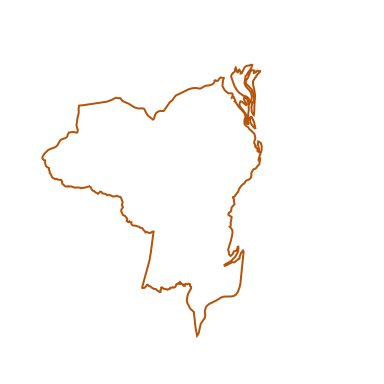 the district of Baribour, Kâmpóng Chhnang, Cambodia, rotated 62°
{"feature_id": "14789045B88819802206613", "entity_name": "Baribour", "entity_type": "district", "adm_level": 2, "iso_a3": "KHM", "parent_name": "Cambodia", "parent_adm1": "Kâmpóng Chhnang", "projection": "mercator", "projection_center": [104.462, 12.421], "detail": "fine", "context": "isolated", "style": "outline", "palette": "amber", "viewbox_px": 384, "rotation_deg": 62, "n_neighbors": 0, "source": "geoboundaries", "source_scale": "gbopen_adm2", "svg_char_len": 6051}
<svg xmlns="http://www.w3.org/2000/svg" viewBox="0 0 384 384"><g transform="rotate(62 192 192)"><path d="M267.6,174.5L268.7,177.1L269.3,177.8L271.6,180.4L272.9,181.1L273.2,181.5L273.0,182.5L274.0,187.4L273.9,188.0L273.1,188.9L272.9,189.6L272.8,197.3L272.4,197.8L271.7,197.7L271.4,196.3L271.3,190.2L269.5,184.3L267.1,180.5L265.4,178.7L263.4,177.3L262.0,176.8L261.9,177.5L262.9,178.1L264.3,180.0L264.6,180.9L264.1,182.9L266.0,185.4L266.6,188.0L264.6,188.6L261.2,187.3L260.0,187.3L252.8,180.1L248.6,176.5L246.2,174.9L244.4,174.4L242.8,174.4L240.4,175.0L240.5,174.3L239.0,173.0L237.5,172.5L233.3,169.1L232.5,168.7L229.9,170.3L229.3,170.6L228.7,170.3L227.5,168.8L227.6,167.3L226.9,166.3L224.2,164.2L222.7,160.2L219.5,159.2L218.3,158.4L216.6,158.5L215.8,158.2L216.0,156.8L213.2,150.8L211.5,149.1L210.0,146.4L209.5,145.0L208.7,141.2L207.4,139.3L207.7,136.0L207.4,134.1L207.0,133.3L204.9,131.5L203.5,131.0L202.1,129.4L200.8,127.1L201.2,125.5L201.1,124.6L200.0,122.3L199.2,119.6L194.3,116.0L194.1,116.4L194.7,117.2L196.1,118.1L195.0,118.2L193.7,117.3L188.3,111.4L184.4,108.9L181.3,108.3L179.9,108.8L178.4,109.8L180.5,111.2L185.8,112.8L188.5,114.0L187.8,114.4L186.5,115.0L184.7,113.9L182.7,114.7L181.3,114.8L181.3,114.1L180.2,113.9L178.1,114.2L176.3,113.0L174.9,111.3L173.8,110.6L170.3,109.7L169.0,109.8L163.5,111.8L161.5,111.9L159.9,112.8L157.2,113.7L156.3,113.5L154.0,112.5L153.0,111.8L151.3,109.9L150.2,109.1L146.8,108.7L138.7,110.8L133.5,111.3L132.3,111.7L132.4,111.1L131.6,110.8L127.7,110.6L127.5,112.5L125.5,110.5L124.3,110.2L123.6,110.5L121.8,113.6L118.5,115.1L116.9,115.4L113.9,115.4L112.8,115.4L108.2,112.4L106.4,110.4L104.3,113.0L104.6,114.6L105.8,116.4L105.8,117.6L104.2,119.1L104.2,119.8L105.1,120.1L106.1,121.7L106.5,123.8L105.9,126.9L104.5,130.3L104.7,135.6L104.2,136.9L102.1,139.5L100.6,142.7L99.7,146.8L99.4,158.2L99.1,160.4L99.8,162.6L101.8,166.2L102.3,169.5L107.0,178.5L107.1,179.1L106.8,179.9L105.5,181.8L105.1,184.1L105.4,186.5L106.5,188.3L109.5,191.2L109.8,192.4L104.0,195.0L100.7,195.3L96.3,195.2L95.4,195.7L92.8,200.5L90.3,203.0L84.4,206.4L79.7,210.2L78.5,210.8L75.8,211.2L75.2,211.6L74.6,213.2L73.3,214.6L73.0,215.3L73.0,219.3L72.3,224.8L64.1,247.8L62.7,251.1L65.2,253.0L69.0,254.9L73.1,258.5L78.3,262.3L79.6,262.9L83.6,263.7L85.6,265.3L85.6,265.8L84.7,267.0L83.5,268.1L81.7,272.7L83.1,274.8L84.5,276.3L84.8,277.3L84.9,278.6L84.3,282.5L84.7,284.5L87.0,287.9L87.9,289.8L88.2,291.8L87.4,298.0L87.5,299.7L88.9,304.3L90.6,307.2L91.7,308.2L92.5,308.2L94.2,307.9L95.1,306.9L97.0,307.9L100.3,308.8L102.4,308.0L103.8,307.0L105.3,307.9L107.0,308.0L108.5,308.7L109.2,308.3L113.3,308.6L116.3,306.9L116.7,306.3L116.8,305.5L118.3,304.4L119.9,301.8L122.0,301.8L122.6,302.4L123.8,302.6L127.5,301.3L128.6,299.7L128.7,298.5L129.2,298.5L130.5,295.8L133.1,293.5L134.4,290.6L136.0,288.4L136.5,288.4L138.0,283.9L138.8,279.8L139.8,279.6L140.4,279.2L141.4,279.1L142.6,279.4L144.3,278.9L145.3,277.9L146.9,277.5L148.2,276.4L149.5,275.9L148.5,273.0L149.4,271.9L151.0,271.8L151.4,271.5L153.1,269.2L155.0,268.5L155.1,267.4L155.4,266.8L156.4,266.1L157.1,265.0L158.8,264.1L160.1,261.0L159.9,260.4L160.1,259.9L160.7,259.7L161.5,259.1L162.7,257.6L163.8,257.4L168.4,258.0L170.8,260.1L172.7,260.0L173.1,260.3L174.2,262.4L175.2,263.3L176.3,263.6L179.8,263.8L182.1,262.2L185.3,261.8L186.5,262.6L187.0,263.3L188.7,262.4L188.9,262.0L188.6,261.6L188.5,261.0L189.5,260.8L190.2,259.7L191.6,260.5L193.0,260.4L194.1,259.6L195.0,258.0L197.2,255.8L198.2,254.9L199.6,254.2L200.0,253.4L201.0,252.7L202.3,252.8L205.1,251.9L205.9,252.1L206.1,251.7L206.0,250.7L207.5,249.7L208.6,248.0L208.4,245.4L208.9,244.5L226.8,257.3L232.5,261.7L252.7,280.7L253.5,280.9L254.3,278.8L253.7,276.8L252.8,275.2L253.1,274.6L254.7,274.3L255.8,273.0L257.8,272.3L259.7,271.1L260.6,269.6L262.9,268.9L265.4,267.2L265.5,266.7L263.8,265.9L263.3,264.6L262.0,264.2L262.0,263.3L264.3,262.3L265.5,260.8L265.8,260.1L266.8,259.5L266.7,258.5L267.2,257.4L266.6,256.8L266.3,256.1L266.8,255.6L267.0,253.7L267.8,253.3L268.0,251.7L267.1,249.9L266.2,249.3L266.2,248.2L266.7,247.1L266.0,246.6L266.0,245.9L266.4,245.5L265.9,244.8L266.9,244.5L267.8,245.3L268.3,244.2L269.2,243.4L270.2,243.8L270.8,243.5L271.5,242.4L270.2,241.6L270.1,240.8L271.1,239.8L271.3,238.2L272.6,237.0L274.0,237.9L275.3,237.3L276.6,238.0L279.9,243.0L281.9,245.0L285.5,247.6L287.5,248.2L292.5,248.3L294.6,248.2L298.8,246.7L313.2,252.5L321.3,255.0L320.3,253.1L319.4,252.0L312.6,246.3L309.0,239.6L306.9,238.0L305.0,237.5L302.9,236.4L300.1,233.5L299.6,232.4L298.9,229.6L299.2,220.7L298.8,216.2L299.2,213.2L302.6,206.5L303.4,204.2L303.3,201.5L301.8,198.4L298.2,194.5L295.9,192.5L269.0,174.5L267.6,174.5ZM106.8,101.6L107.5,102.6L108.6,103.3L118.6,104.8L121.7,104.6L124.8,104.2L127.1,103.5L130.9,101.5L133.2,99.2L135.1,98.3L136.4,98.2L140.5,99.0L139.8,97.8L137.4,95.4L135.9,94.5L133.6,93.7L130.6,93.3L124.4,94.8L122.8,94.9L120.6,94.6L115.0,90.5L114.6,90.0L114.3,88.7L112.9,86.5L110.6,81.8L108.2,79.2L107.5,79.8L107.1,82.4L106.4,84.2L106.4,86.7L110.5,92.4L110.2,93.5L108.7,92.8L107.5,92.7L106.3,92.9L107.8,95.4L107.0,95.8L104.6,95.1L102.8,95.0L103.6,96.2L105.6,97.5L106.0,98.3L106.1,100.1L106.6,100.7L106.8,101.6ZM122.6,85.9L118.9,79.0L117.8,75.7L117.2,75.2L116.9,76.3L115.7,77.1L115.6,77.6L116.3,79.7L115.9,81.4L114.0,79.9L113.4,81.1L112.6,81.9L112.5,82.5L113.1,84.0L117.6,89.3L118.9,91.9L120.0,93.0L122.0,93.5L125.0,92.3L129.6,91.2L133.8,91.5L138.4,93.2L140.7,94.8L141.7,96.1L141.3,96.4L141.7,97.0L144.8,99.6L148.8,101.4L152.3,101.7L153.1,101.3L150.0,99.1L145.6,96.7L136.4,91.0L130.1,88.7L126.2,87.8L123.6,86.6L122.6,85.9ZM143.7,102.0L139.5,100.4L136.1,99.7L134.5,100.2L133.2,101.6L133.5,102.1L135.3,102.7L139.1,102.6L140.6,103.0L140.7,103.5L135.9,105.4L134.7,106.6L135.5,107.8L137.3,109.0L138.9,109.5L146.7,108.1L150.4,108.0L153.7,109.2L155.2,110.5L153.3,110.2L154.8,111.4L156.2,111.5L157.9,111.2L158.4,110.4L157.6,109.8L156.0,109.5L154.1,108.1L149.1,105.5L147.3,104.1L143.7,102.0ZM158.6,107.9L162.9,107.4L165.3,106.6L165.4,106.1L159.1,104.3L153.7,104.1L153.3,105.0L153.8,105.7L155.6,106.8L158.6,107.9Z" fill="none" stroke="#b45309" stroke-width="2"/></g></svg>